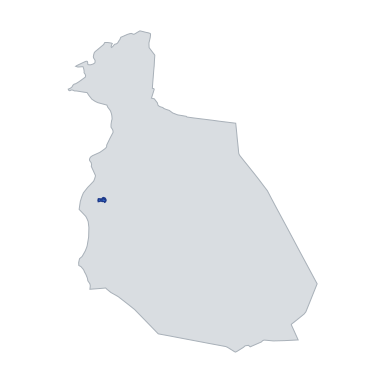 location of Zinder, Zinder, Niger, rotated 97°
{"feature_id": "23599985B17840081467963", "entity_name": "Zinder", "entity_type": "district", "adm_level": 2, "iso_a3": "NER", "parent_name": "Niger", "parent_adm1": "Zinder", "projection": "natural_earth1", "projection_center": [8.977, 13.754], "detail": "fine", "context": "in_parent", "style": "filled", "palette": "blue", "viewbox_px": 384, "rotation_deg": 97, "n_neighbors": 0, "source": "geoboundaries", "source_scale": "gbopen_adm2", "svg_char_len": 3739}
<svg xmlns="http://www.w3.org/2000/svg" viewBox="0 0 384 384"><g transform="rotate(97 192 192)"><path d="M301.0,281.5L297.5,281.5L295.5,282.2L292.9,284.5L290.1,285.4L286.7,287.3L284.5,288.9L282.4,290.1L279.6,293.1L278.7,295.4L275.9,295.9L271.9,295.5L269.4,293.2L263.6,290.8L259.9,289.8L258.1,289.5L249.3,289.1L239.8,290.0L235.0,291.2L234.1,291.4L231.4,292.9L229.1,294.5L223.0,301.9L214.9,301.7L210.1,300.8L206.1,299.7L200.3,296.2L193.2,290.9L190.5,290.2L188.1,289.8L187.3,289.9L178.8,295.1L177.2,295.0L175.2,295.6L173.9,296.9L172.9,297.6L171.9,297.7L170.6,297.4L169.3,296.6L168.0,295.1L164.5,289.3L163.8,288.2L162.3,286.5L159.8,283.8L158.2,282.5L157.1,282.2L155.9,282.4L149.1,280.1L142.4,277.6L140.9,277.9L139.8,278.4L137.5,280.3L134.7,280.6L131.2,280.5L129.3,280.2L126.2,280.8L124.1,281.5L121.4,282.8L117.9,286.1L116.9,286.6L116.1,287.1L114.8,296.3L113.9,299.1L112.1,302.7L108.6,306.2L106.1,308.3L106.1,311.2L105.9,315.8L105.8,319.0L106.0,321.1L105.6,322.1L105.4,323.0L105.5,324.4L106.1,325.0L106.4,325.9L106.2,326.6L105.0,327.4L103.8,325.3L102.2,323.8L100.5,323.2L99.3,322.1L98.7,320.6L96.4,317.7L91.1,312.0L90.5,311.9L89.7,311.7L88.1,312.4L87.2,313.3L86.6,313.7L85.6,313.7L83.1,314.4L81.0,315.4L81.0,316.1L81.9,320.5L81.4,322.8L80.5,321.7L77.7,317.3L75.7,314.1L75.3,313.4L75.0,312.3L75.2,311.8L76.0,311.4L77.9,311.0L78.2,310.7L78.3,309.8L78.1,308.1L77.1,305.9L76.0,304.4L75.4,304.1L74.3,304.1L73.1,304.3L70.8,306.1L69.8,306.4L67.5,306.3L65.4,305.9L64.2,305.0L60.4,301.4L56.3,297.6L54.6,297.0L54.2,296.6L53.9,293.7L54.0,290.2L54.3,289.2L56.0,289.8L57.8,290.0L58.4,289.4L57.0,288.2L54.9,286.9L54.1,285.0L53.5,284.3L52.5,283.6L51.5,283.3L50.4,282.7L49.6,282.2L48.4,281.9L47.1,281.5L45.3,278.4L43.5,275.4L42.4,273.0L42.0,271.5L42.6,269.1L42.1,268.1L40.1,265.6L38.4,263.3L38.8,259.8L39.2,256.8L39.3,254.9L39.5,253.9L39.8,252.7L40.9,252.3L43.8,252.3L49.3,252.9L53.8,252.2L54.0,252.1L57.2,249.0L60.7,245.6L66.0,245.3L71.7,244.9L76.1,244.8L82.6,244.5L87.9,244.3L93.9,244.0L94.1,242.5L94.5,242.1L95.1,242.1L99.6,242.9L103.8,243.7L104.1,240.8L107.8,237.2L109.9,236.4L110.4,235.8L111.1,234.6L111.5,232.7L111.7,231.3L112.5,230.2L113.1,228.1L113.8,224.5L115.9,220.8L117.2,215.6L117.4,210.7L117.6,206.9L118.2,206.1L118.3,199.5L118.3,192.7L118.3,187.0L118.3,180.0L118.4,173.7L118.4,167.0L118.4,161.0L118.4,157.0L122.7,156.0L127.1,155.0L133.5,153.6L140.4,152.0L148.0,150.3L149.7,149.3L155.4,143.5L158.0,140.8L163.1,135.6L167.0,131.6L172.1,126.5L177.4,121.4L181.6,117.3L188.3,112.7L198.3,105.7L208.3,98.6L218.2,91.6L228.2,84.6L238.2,77.6L248.1,70.6L258.0,63.6L267.9,56.6L278.0,59.3L287.5,61.8L297.1,64.4L299.4,65.8L304.5,70.7L311.0,77.1L311.3,77.2L311.6,77.3L317.8,73.5L325.9,68.6L328.2,81.8L329.9,93.2L330.1,100.5L330.2,102.4L330.9,103.7L332.4,104.9L338.6,115.4L337.3,117.3L338.2,120.5L339.8,121.9L344.9,128.2L345.6,129.4L345.3,130.4L341.9,137.7L341.3,139.5L340.7,148.9L340.3,155.5L339.7,164.6L339.0,175.4L338.4,184.6L337.6,196.7L336.9,208.2L331.9,214.4L322.9,225.6L315.6,234.7L311.9,240.7L304.8,252.6L301.6,260.3L299.1,264.3L297.8,266.0L299.0,271.6L301.0,281.5Z" fill="#d9dde1" stroke="#a8b0b8" stroke-width="1"/><path d="M208.8,279.7L209.4,279.5L209.5,279.4L209.7,279.1L209.7,279.3L209.7,279.9L209.5,280.1L209.5,280.3L210.6,280.4L210.1,281.1L210.0,281.6L210.5,281.9L210.3,282.3L210.1,282.7L210.2,284.0L210.9,284.0L211.5,284.3L212.0,284.0L212.3,284.0L212.9,283.8L212.5,282.6L212.1,281.9L212.1,280.7L212.0,280.3L212.2,280.1L212.3,279.9L212.1,279.6L212.0,278.4L211.9,278.0L212.2,277.6L212.7,277.5L212.3,276.8L211.5,276.7L211.2,276.4L210.3,276.5L209.5,277.0L209.7,277.5L209.1,277.4L208.8,277.6L208.6,277.9L208.8,278.1L208.7,278.4L208.6,278.7L208.4,279.1L208.6,279.3L208.8,279.4L208.8,279.7Z" fill="#3b82f6" stroke="#1e3a8a" stroke-width="1.5"/></g></svg>